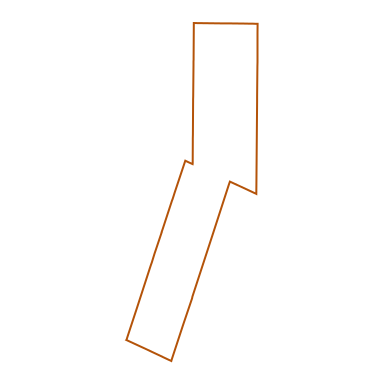 the district of Quitilipi, Chaco, Argentina
{"feature_id": "61730980B60915850555314", "entity_name": "Quitilipi", "entity_type": "district", "adm_level": 2, "iso_a3": "ARG", "parent_name": "Argentina", "parent_adm1": "Chaco", "projection": "equal_earth", "projection_center": [-60.193, -26.7], "detail": "fine", "context": "isolated", "style": "outline", "palette": "amber", "viewbox_px": 384, "rotation_deg": 0, "n_neighbors": 0, "source": "geoboundaries", "source_scale": "gbopen_adm2", "svg_char_len": 1036}
<svg xmlns="http://www.w3.org/2000/svg" viewBox="0 0 384 384"><path d="M225.8,23.4L225.7,23.4L223.6,23.4L222.6,23.4L197.0,23.1L193.8,23.0L193.8,26.7L193.6,57.7L193.6,59.6L193.5,61.5L193.5,65.3L193.2,96.2L193.1,99.6L193.1,100.0L193.1,101.5L192.9,134.7L192.8,138.5L192.8,139.5L192.8,141.2L192.8,142.4L192.7,161.8L192.7,163.3L192.6,164.1L188.2,162.1L185.3,160.7L184.1,164.3L174.6,192.8L173.5,196.3L172.4,199.7L172.2,200.0L162.8,228.7L161.6,232.2L161.7,232.3L155.7,250.2L154.7,253.1L151.8,262.5L151.0,264.7L149.8,268.3L149.1,270.5L138.2,304.1L137.1,307.5L130.0,329.1L127.6,336.4L126.5,339.9L126.4,340.0L129.4,341.4L138.5,345.6L141.3,346.9L143.5,347.9L168.5,359.7L171.3,361.0L171.7,359.6L183.0,325.2L192.1,298.3L192.4,296.7L209.4,244.6L212.4,235.4L228.7,185.1L229.9,181.6L252.3,192.0L256.3,193.9L256.4,184.8L257.1,102.1L257.1,100.8L257.1,97.2L257.4,66.2L257.5,62.2L257.5,57.4L257.5,33.1L257.6,23.8L255.4,23.8L253.4,23.7L251.4,23.7L248.9,23.7L247.4,23.6L229.0,23.4L227.5,23.4L225.8,23.4Z" fill="none" stroke="#b45309" stroke-width="2"/></svg>